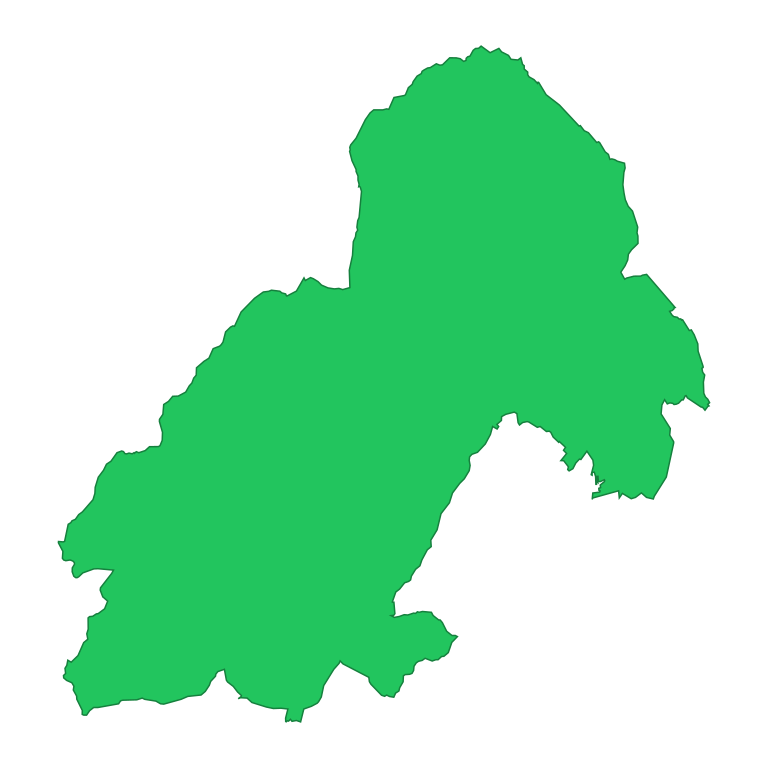 the district of Ilovat, Mehedinti, Romania, rotated 270°
{"feature_id": "2599482B93041864045087", "entity_name": "Ilovat", "entity_type": "district", "adm_level": 2, "iso_a3": "ROU", "parent_name": "Romania", "parent_adm1": "Mehedinti", "projection": "natural_earth1", "projection_center": [22.733, 44.823], "detail": "fine", "context": "isolated", "style": "filled", "palette": "green", "viewbox_px": 768, "rotation_deg": 270, "n_neighbors": 0, "source": "geoboundaries", "source_scale": "gbopen_adm2", "svg_char_len": 6027}
<svg xmlns="http://www.w3.org/2000/svg" viewBox="0 0 768 768"><g transform="rotate(270 384 384)"><path d="M393.0,704.7L395.7,702.7L399.7,701.9L400.5,703.1L401.6,703.1L416.8,698.1L424.1,697.8L433.2,694.2L438.1,691.3L437.5,689.3L448.2,682.6L447.9,681.6L449.1,680.8L449.0,679.1L450.7,677.4L451.4,673.7L453.1,671.9L456.7,669.6L457.4,672.1L459.2,674.0L460.3,674.1L460.5,675.1L493.6,646.6L492.8,642.4L491.9,640.8L491.8,633.9L489.9,626.5L488.8,624.7L495.8,620.8L502.3,625.1L508.0,627.7L513.8,628.4L518.3,631.6L524.6,638.0L532.0,637.9L535.2,637.0L540.9,637.7L556.9,632.5L561.7,628.2L568.3,625.3L575.0,624.0L583.2,622.9L595.7,623.9L600.0,625.1L604.8,624.5L606.8,617.4L608.3,614.8L609.1,611.8L608.6,609.9L613.6,608.4L616.1,605.2L625.3,599.7L626.2,598.6L625.5,596.7L635.3,588.4L637.3,584.2L642.4,580.3L641.9,579.1L662.9,559.5L673.3,546.1L685.4,538.8L685.8,538.1L684.6,537.5L688.3,534.1L691.2,529.0L693.3,527.7L695.9,527.7L699.0,524.2L702.3,524.2L703.6,522.6L710.2,520.8L708.0,517.9L708.7,511.0L712.6,508.5L716.1,501.6L719.6,498.9L715.3,490.1L721.9,481.1L719.7,478.6L719.5,475.5L717.7,473.2L711.9,470.0L711.2,467.7L709.7,466.2L707.6,466.0L706.6,463.7L709.3,460.2L710.1,456.3L710.2,449.7L703.2,442.5L702.8,439.9L704.2,436.3L700.4,430.3L700.0,427.6L698.0,424.0L696.7,422.1L694.4,421.3L691.9,417.1L686.4,413.2L683.6,412.2L680.4,408.4L673.3,405.5L672.5,404.4L670.5,394.0L658.7,388.8L659.1,386.6L658.1,382.7L658.1,373.7L655.1,370.1L648.4,365.4L629.8,356.1L623.1,350.7L620.7,349.8L617.9,350.2L616.7,349.6L607.3,352.0L598.5,356.1L596.5,356.1L592.0,358.0L587.9,358.0L583.7,359.1L581.3,358.7L581.6,359.4L580.8,360.3L576.6,361.5L550.6,359.1L547.3,357.7L540.8,356.9L537.8,357.7L535.2,356.0L531.2,355.5L526.3,353.3L512.6,352.5L497.8,349.3L480.4,349.9L478.4,342.7L479.6,338.9L479.1,334.4L480.1,328.0L482.9,321.5L486.4,318.0L489.3,313.3L490.4,310.5L487.5,305.3L490.1,304.0L476.9,296.4L472.1,287.2L472.1,286.5L474.1,285.6L475.1,281.8L476.8,279.8L477.8,271.4L476.7,268.8L476.0,263.3L469.7,254.5L456.0,241.1L441.7,234.5L442.1,232.9L440.9,230.5L436.1,225.6L425.9,223.0L423.3,221.2L421.8,219.6L419.4,213.2L409.8,208.9L406.7,204.0L400.2,196.5L392.8,196.2L389.9,193.7L385.0,191.9L382.2,189.3L375.9,185.7L371.9,178.2L371.7,172.7L366.6,168.5L363.5,163.7L353.7,162.9L348.7,159.5L346.5,159.4L335.7,162.5L327.6,162.2L322.3,160.0L321.4,158.4L321.3,149.5L317.4,145.2L315.3,138.8L316.3,136.3L314.7,134.4L315.3,134.0L314.2,132.2L314.9,129.0L314.1,126.5L314.4,124.9L316.4,123.5L317.0,121.7L315.3,117.0L306.8,111.0L303.8,106.5L297.7,103.5L290.8,98.3L280.7,95.2L274.6,94.9L268.3,93.0L256.1,82.4L253.4,78.7L248.7,75.4L247.2,72.0L245.3,70.8L243.7,68.2L226.6,64.6L226.1,63.1L226.5,58.5L225.2,58.4L216.6,62.9L209.7,62.4L208.0,63.7L207.3,65.8L208.0,70.1L207.0,72.8L205.5,74.3L203.8,74.5L200.1,72.3L196.2,72.2L191.8,73.8L190.4,75.6L190.3,77.0L191.2,78.7L195.1,82.8L199.1,93.8L199.3,98.0L197.9,113.5L194.6,111.7L180.2,100.5L177.9,100.2L171.1,102.8L166.9,107.7L159.2,104.6L154.4,98.2L154.1,96.3L151.7,92.7L151.4,89.6L150.1,88.1L138.8,88.2L134.2,86.8L128.8,87.8L125.4,83.7L112.4,78.0L105.8,71.2L107.8,67.8L102.6,66.8L99.7,65.0L94.5,65.6L92.5,63.5L90.1,63.7L87.6,66.6L85.3,71.8L81.8,73.9L78.0,73.3L72.0,76.6L68.8,76.8L57.6,82.3L53.6,82.2L52.9,83.7L52.9,86.6L57.3,89.6L60.5,93.7L60.5,97.9L64.2,118.6L67.1,120.5L67.8,122.6L68.2,136.8L69.9,142.2L68.7,144.7L66.9,155.9L64.2,160.6L63.9,163.8L68.7,181.1L71.6,187.8L73.0,201.1L76.6,205.3L82.7,209.3L86.6,210.7L91.8,215.5L93.8,215.8L96.4,217.8L98.7,224.4L87.8,226.4L86.0,227.6L81.6,233.3L76.0,237.6L72.5,241.4L71.4,241.1L69.3,238.2L70.3,240.6L69.9,247.1L65.5,251.9L61.0,266.3L59.5,273.4L59.8,280.9L59.0,287.9L49.9,285.6L46.5,285.7L46.2,286.2L47.2,287.4L46.9,288.6L48.7,290.4L46.7,292.0L47.5,296.4L46.1,300.6L59.0,303.8L61.7,311.4L64.8,317.2L66.3,318.6L71.0,321.3L82.4,323.7L98.7,333.8L104.7,339.1L107.1,340.1L104.1,343.0L90.7,368.8L86.3,369.4L83.8,370.9L72.8,381.5L71.7,384.6L72.9,386.7L71.5,389.5L70.8,393.8L74.9,395.6L77.0,398.9L80.3,399.7L86.2,403.1L92.2,403.4L93.4,405.1L93.7,409.6L94.6,412.0L97.5,413.6L101.7,414.0L105.2,416.3L106.7,418.5L107.6,422.2L109.7,425.1L107.0,432.2L108.3,435.9L108.3,438.1L111.5,441.6L111.7,443.9L115.4,448.3L125.6,451.8L131.4,457.4L132.5,455.3L132.5,452.0L136.7,446.7L145.3,442.4L148.0,440.2L148.1,438.6L152.5,433.1L155.7,431.4L156.5,422.4L155.7,419.2L156.2,417.4L154.6,415.6L154.9,413.6L153.0,407.8L153.3,404.2L151.5,399.2L150.6,394.3L152.4,391.1L152.7,393.7L154.3,394.9L165.8,393.9L165.8,392.4L166.3,392.4L176.0,395.8L178.9,399.6L185.2,404.6L186.6,408.7L188.1,410.6L191.9,411.4L198.7,415.6L202.2,419.9L208.1,421.9L218.2,427.3L221.4,431.2L227.8,430.8L238.2,437.1L254.3,441.0L265.2,449.4L275.0,452.5L284.6,459.7L289.2,464.3L297.3,469.2L302.6,470.1L307.6,469.2L311.2,469.6L313.7,471.9L315.7,477.5L324.0,485.3L333.5,490.4L341.5,492.6L339.0,497.1L341.5,498.7L343.6,496.9L347.5,501.4L351.4,501.6L353.7,505.8L355.9,514.3L354.4,516.9L345.3,518.1L343.0,519.5L345.5,522.7L346.4,527.1L346.0,528.8L340.7,537.3L341.5,540.2L336.5,546.4L336.8,549.3L335.7,550.8L330.9,553.2L325.7,558.7L326.5,559.3L320.7,565.5L317.7,563.5L314.5,566.6L307.4,560.9L307.3,563.7L301.2,568.4L298.4,567.7L297.1,569.1L299.3,572.9L305.0,575.8L308.9,579.4L308.5,580.9L316.8,586.9L307.9,592.9L302.7,593.6L293.3,591.2L292.8,592.1L295.6,592.1L295.8,594.3L291.4,595.6L283.7,595.9L283.7,596.5L286.3,596.5L285.4,597.8L291.6,596.4L291.7,598.0L286.5,598.4L286.4,600.3L288.3,604.3L287.6,604.7L286.4,604.4L282.9,600.2L280.4,600.6L279.7,598.8L277.6,599.0L277.1,600.1L275.9,599.7L275.0,592.8L268.6,592.2L270.0,592.7L277.2,618.6L270.1,619.3L274.6,622.4L269.3,631.2L270.6,635.5L275.1,641.4L270.6,646.5L269.0,653.3L271.8,654.3L290.9,666.3L325.1,673.7L326.4,673.6L332.9,669.7L339.5,670.3L354.1,661.1L363.0,661.9L368.3,664.6L364.1,667.3L365.1,669.8L364.7,672.7L363.5,674.0L363.8,676.2L364.8,678.6L368.1,681.7L368.1,683.2L372.2,685.3L372.4,686.1L370.1,687.4L361.0,701.0L360.7,702.6L357.8,705.0L361.7,707.9L362.1,709.0L363.7,707.7L365.3,709.6L368.7,707.8L371.1,705.4L374.8,703.8L385.9,703.4L393.0,704.7Z" fill="#22c55e" stroke="#15803d" stroke-width="1.5"/></g></svg>